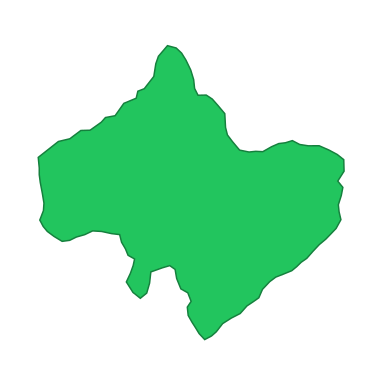 Marmelópolis, Minas Gerais, Brazil (Mercator projection), rotated 174°
{"feature_id": "56859067B23213447356300", "entity_name": "Marmelópolis", "entity_type": "district", "adm_level": 2, "iso_a3": "BRA", "parent_name": "Brazil", "parent_adm1": "Minas Gerais", "projection": "mercator", "projection_center": [-45.172, -22.465], "detail": "fine", "context": "isolated", "style": "filled", "palette": "green", "viewbox_px": 384, "rotation_deg": 174, "n_neighbors": 0, "source": "geoboundaries", "source_scale": "gbopen_adm2", "svg_char_len": 1517}
<svg xmlns="http://www.w3.org/2000/svg" viewBox="0 0 384 384"><g transform="rotate(174 192 192)"><path d="M201.1,340.1L211.2,330.5L214.6,323.3L217.9,310.9L228.7,299.7L235.3,297.9L237.7,291.1L250.5,287.3L260.5,275.9L270.3,275.1L274.9,270.9L286.9,264.1L296.1,264.8L308.0,257.7L319.6,256.2L341.3,242.5L341.4,231.8L342.1,225.1L341.9,217.3L341.0,206.6L340.4,196.4L341.7,189.0L346.3,180.0L343.6,173.3L340.0,167.9L333.8,162.2L326.3,156.5L318.7,156.7L311.7,159.3L303.1,160.8L294.9,163.7L286.0,162.2L276.3,159.0L268.4,157.2L267.3,149.4L264.1,142.3L262.2,135.7L256.1,131.4L258.2,125.0L261.8,117.5L266.7,109.4L261.2,98.3L254.5,91.7L247.6,96.2L243.7,105.8L241.3,116.8L229.4,119.7L221.8,121.1L216.9,116.8L216.3,107.6L213.2,96.8L206.7,92.2L204.3,83.3L208.7,78.0L208.7,69.6L205.6,62.5L202.6,56.5L199.7,50.4L194.8,43.9L187.6,46.8L182.5,50.4L175.3,57.9L166.1,62.5L156.8,66.1L149.2,73.0L142.7,76.4L136.6,79.8L132.1,87.8L124.1,94.7L117.6,98.6L109.6,100.8L101.0,103.3L95.7,106.8L90.8,110.7L84.8,114.0L78.2,120.1L70.9,126.4L63.9,131.1L58.4,135.7L52.5,140.7L46.8,148.9L47.8,156.9L47.8,164.0L43.9,172.9L41.5,180.8L45.9,187.6L38.6,196.8L37.7,208.3L43.6,214.1L51.4,219.4L60.7,224.7L71.6,225.8L79.9,228.0L86.8,232.6L94.0,231.2L100.7,231.1L108.2,228.7L117.4,224.7L124.5,225.8L131.1,225.8L140.3,228.7L146.5,237.9L150.8,245.0L151.9,252.7L151.2,266.5L156.8,274.8L162.1,282.3L167.7,286.9L175.9,287.6L178.6,294.7L178.6,303.6L180.5,313.4L184.2,323.7L187.8,331.2L192.7,336.9L201.1,340.1Z" fill="#22c55e" stroke="#15803d" stroke-width="1.5"/></g></svg>